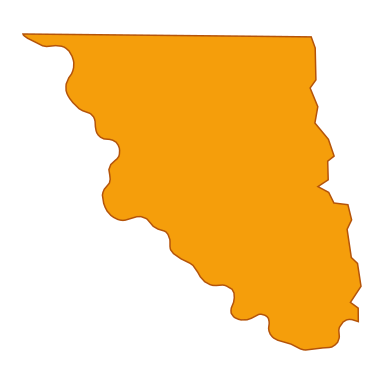 Holt, Missouri, United States of America
{"feature_id": "52423323B48032696511614", "entity_name": "Holt", "entity_type": "district", "adm_level": 2, "iso_a3": "USA", "parent_name": "United States of America", "parent_adm1": "Missouri", "projection": "equal_earth", "projection_center": [-95.272, 40.063], "detail": "fine", "context": "isolated", "style": "filled", "palette": "amber", "viewbox_px": 384, "rotation_deg": 0, "n_neighbors": 0, "source": "geoboundaries", "source_scale": "gbopen_adm2", "svg_char_len": 2021}
<svg xmlns="http://www.w3.org/2000/svg" viewBox="0 0 384 384"><path d="M24.4,36.0L27.6,38.3L42.6,45.8L46.5,46.5L55.6,45.6L61.5,46.2L64.1,47.1L66.0,48.3L69.1,51.1L72.1,56.3L73.4,60.4L73.8,62.7L73.6,67.7L72.8,70.9L71.5,74.0L68.8,77.8L66.2,84.0L66.0,86.6L66.1,90.6L67.0,93.5L68.1,95.8L69.8,98.6L72.9,102.6L79.1,108.7L82.6,110.7L89.8,113.3L91.0,114.1L93.6,116.9L94.5,119.0L95.1,121.4L95.4,126.8L96.1,130.7L96.8,132.8L98.2,135.0L100.5,137.2L103.9,138.9L109.7,139.4L112.7,140.2L116.1,142.2L118.1,145.0L119.3,147.9L119.6,150.5L119.4,154.2L118.8,156.4L117.0,158.9L115.2,160.4L110.8,164.5L108.9,169.6L109.8,175.3L110.2,179.3L109.4,183.1L106.5,186.6L104.3,189.2L103.0,192.3L102.4,195.1L103.7,203.4L105.2,207.4L107.2,211.2L110.9,215.4L113.7,217.4L117.7,219.4L120.3,220.1L122.9,220.4L125.4,220.1L136.8,216.7L141.0,216.6L145.9,218.4L147.2,219.2L153.3,226.4L158.0,229.1L164.2,231.0L165.9,231.9L167.7,234.0L168.3,235.2L169.9,239.6L170.0,241.4L170.0,246.3L170.3,248.7L170.7,249.9L173.5,253.6L181.1,258.9L190.1,263.3L193.0,265.4L197.8,272.3L200.3,276.8L204.7,281.7L210.0,284.6L212.8,285.4L216.2,285.5L222.7,285.0L224.9,285.4L226.5,286.0L232.1,289.3L234.0,293.0L234.3,297.8L233.6,302.3L231.3,308.0L231.0,310.4L231.1,312.4L231.3,313.4L233.6,316.7L235.1,317.8L238.5,319.3L241.0,319.9L247.0,319.8L251.3,318.3L258.8,314.4L261.0,314.2L264.8,315.2L267.0,316.6L268.4,318.4L269.1,321.5L269.2,323.5L268.6,328.3L269.0,331.0L270.3,334.3L272.4,336.9L273.8,338.1L277.7,340.2L291.0,344.1L300.4,348.9L303.5,349.8L305.6,350.0L322.9,347.9L329.2,347.5L331.8,347.0L335.2,344.8L337.6,342.3L339.1,338.2L339.3,336.5L338.8,330.3L339.2,328.0L339.7,326.8L343.1,322.0L346.5,319.9L349.3,319.4L352.0,319.6L358.3,321.6L358.2,308.1L350.4,302.4L361.0,286.3L357.5,263.4L351.3,257.5L347.1,229.3L351.6,219.9L347.9,204.7L333.9,203.0L328.7,192.4L317.9,186.6L328.2,179.8L327.7,161.2L334.1,156.1L328.4,139.3L314.9,123.0L317.8,106.7L310.1,88.0L315.9,79.9L315.2,48.0L311.2,36.9L246.2,36.2L23.0,34.0L23.3,34.9L24.4,36.0Z" fill="#f59e0b" stroke="#b45309" stroke-width="1.5"/></svg>